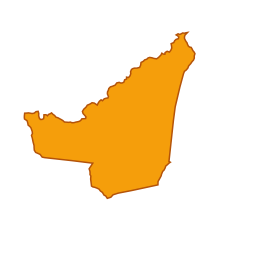 Ourém, Pará, Brazil (orthographic projection), rotated 155°
{"feature_id": "56859067B89824536702228", "entity_name": "Ourém", "entity_type": "district", "adm_level": 2, "iso_a3": "BRA", "parent_name": "Brazil", "parent_adm1": "Pará", "projection": "orthographic", "projection_center": [-47.142, -1.488], "detail": "fine", "context": "isolated", "style": "filled", "palette": "amber", "viewbox_px": 256, "rotation_deg": 155, "n_neighbors": 0, "source": "geoboundaries", "source_scale": "gbopen_adm2", "svg_char_len": 2523}
<svg xmlns="http://www.w3.org/2000/svg" viewBox="0 0 256 256"><g transform="rotate(155 128 128)"><path d="M35.9,167.1L36.0,168.9L36.5,170.8L36.5,172.6L36.7,174.4L38.0,175.3L38.7,176.9L38.7,178.7L38.5,180.3L38.9,182.0L39.0,185.1L38.4,186.6L37.1,188.1L33.7,189.4L35.2,189.8L36.9,190.1L38.2,191.0L40.0,190.9L41.6,190.9L42.8,192.2L45.0,192.0L44.0,190.5L43.5,189.1L44.6,187.7L46.9,188.0L48.8,187.4L50.4,186.1L53.3,186.2L53.9,183.8L54.6,181.9L56.4,180.3L58.4,179.3L60.1,181.0L62.5,180.7L63.4,179.3L64.8,180.1L65.7,181.5L67.3,180.2L68.7,179.7L70.6,179.0L72.8,178.6L75.1,180.1L76.6,181.5L78.5,182.8L80.3,183.0L82.0,182.4L84.1,182.7L85.9,182.0L88.5,181.9L90.0,179.6L91.8,178.0L94.6,178.5L97.1,179.6L98.6,179.8L100.1,179.6L101.9,177.9L102.5,176.1L104.0,174.5L106.2,173.5L107.8,174.7L108.6,173.0L110.7,173.1L112.2,171.4L113.9,171.2L115.6,171.8L116.7,173.1L119.2,173.6L121.4,172.3L124.4,172.4L126.6,172.7L128.7,171.9L129.9,170.5L131.3,169.4L132.3,167.6L132.4,164.8L133.5,163.7L135.1,164.2L137.2,164.5L139.6,163.5L140.5,164.9L142.7,164.3L144.3,163.3L146.2,161.8L148.0,164.8L149.9,166.1L152.0,165.8L153.5,165.8L155.2,165.9L157.3,164.6L160.0,163.8L162.3,162.3L162.6,160.1L161.8,157.5L161.4,155.8L162.4,154.5L166.0,155.8L167.5,154.9L169.1,154.6L170.9,154.9L172.8,155.4L174.8,155.7L176.6,156.5L177.7,157.7L179.4,158.2L181.5,159.4L183.1,160.3L183.9,162.3L184.9,163.8L186.1,165.4L187.1,166.8L188.8,168.4L189.2,170.4L190.2,172.0L190.9,174.0L192.6,173.8L194.4,173.9L195.8,173.1L196.7,174.7L198.6,175.5L199.6,173.5L200.6,172.1L202.3,172.1L203.8,172.8L204.2,174.5L203.8,176.8L202.7,179.0L202.4,181.1L204.4,181.7L206.7,181.1L208.7,181.6L210.0,182.5L211.7,183.7L213.4,184.3L215.4,185.1L216.8,182.8L217.5,181.4L218.0,179.9L216.4,177.3L216.7,175.1L217.3,172.8L216.3,170.8L215.9,169.1L216.3,165.2L217.0,163.3L218.6,162.1L219.0,159.3L219.9,155.6L220.6,151.7L221.4,149.9L222.3,147.5L222.0,144.9L219.9,142.5L218.8,141.2L218.1,137.9L216.1,136.4L192.4,122.0L174.8,111.0L180.5,107.4L180.8,104.9L181.3,103.5L182.1,101.9L182.0,100.1L183.4,97.6L185.6,90.8L184.7,89.4L183.3,88.4L181.7,86.8L180.1,84.9L179.6,82.5L178.4,80.4L178.1,77.3L176.9,75.8L176.5,73.0L172.8,72.5L169.7,73.8L164.4,73.1L151.2,69.8L124.9,63.8L123.4,66.8L119.8,69.4L118.1,70.7L117.1,72.0L114.9,74.0L113.0,74.7L111.1,76.2L110.0,77.5L107.8,78.1L105.8,78.8L104.1,79.1L105.0,80.4L83.8,115.4L76.3,127.2L63.5,143.4L54.7,153.8L52.9,155.5L50.9,155.9L48.6,156.9L46.7,158.7L44.0,159.8L42.0,161.0L39.9,161.9L38.4,163.3L37.5,165.3L35.9,167.1Z" fill="#f59e0b" stroke="#b45309" stroke-width="1.5"/></g></svg>